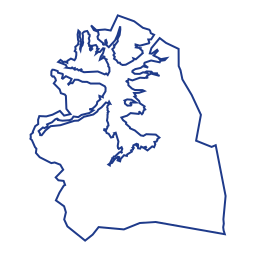 outline of Alta nor, Finnmark, Norway
{"feature_id": "86288312B22085656530390", "entity_name": "Alta nor", "entity_type": "district", "adm_level": 2, "iso_a3": "NOR", "parent_name": "Norway", "parent_adm1": "Finnmark", "projection": "mercator", "projection_center": [23.025, 70.046], "detail": "fine", "context": "isolated", "style": "outline", "palette": "blue", "viewbox_px": 256, "rotation_deg": 0, "n_neighbors": 0, "source": "geoboundaries", "source_scale": "gbopen_adm2", "svg_char_len": 5652}
<svg xmlns="http://www.w3.org/2000/svg" viewBox="0 0 256 256"><path d="M35.2,126.2L32.8,131.7L33.0,132.6L30.6,134.6L30.8,137.5L30.4,138.8L31.9,140.1L35.0,147.1L36.4,148.7L35.9,152.9L39.7,157.2L51.3,163.1L54.7,162.5L60.3,164.7L63.2,169.7L55.7,177.4L58.4,180.3L63.6,180.9L65.1,185.0L63.8,185.6L59.5,192.5L55.9,200.4L64.1,206.3L65.9,212.3L64.2,219.5L67.4,226.4L85.1,240.6L92.7,234.6L98.6,227.1L123.9,229.4L139.8,223.0L155.5,222.0L224.8,234.2L223.6,230.4L223.2,227.2L223.8,223.7L223.4,219.3L225.6,196.0L215.7,145.2L211.6,146.9L196.1,140.7L200.9,114.8L191.7,95.0L182.4,79.4L180.5,70.2L178.7,66.1L178.6,48.9L166.0,42.9L159.7,38.1L151.4,48.1L149.8,53.4L151.8,53.7L157.1,49.8L157.8,50.9L153.6,55.5L159.9,58.6L159.3,59.0L159.6,59.4L166.7,58.1L164.7,60.2L160.5,60.8L159.7,62.3L151.1,60.5L144.9,62.6L144.3,63.3L144.3,64.8L148.1,67.6L143.0,66.2L140.7,67.9L135.3,69.1L132.6,70.7L132.3,71.9L134.7,73.8L139.7,73.9L143.1,72.3L146.8,72.9L145.6,71.9L146.6,71.4L151.4,71.7L151.8,72.1L151.1,72.6L151.7,73.4L157.0,73.3L157.2,73.9L156.9,74.6L159.6,75.9L151.2,73.6L147.2,75.5L147.4,77.6L146.9,77.8L146.5,77.0L144.9,78.0L140.0,77.7L132.4,80.4L128.5,79.1L127.8,81.3L125.8,80.9L128.3,82.8L128.4,85.3L132.0,88.6L134.9,90.0L142.6,90.1L144.4,91.0L139.0,92.8L134.1,93.0L135.9,95.9L134.4,96.6L139.1,101.0L140.0,103.4L144.6,106.4L143.9,107.7L145.2,109.5L143.8,110.2L142.8,113.2L141.9,114.2L139.6,111.9L139.2,112.1L139.6,113.2L138.7,113.9L130.6,113.1L127.1,115.7L121.4,117.5L123.1,120.2L126.2,122.5L126.0,123.9L130.0,127.4L130.0,128.3L134.8,130.4L140.8,135.4L143.4,135.9L146.3,134.2L155.8,134.6L159.4,137.6L157.2,139.3L157.3,140.3L156.5,141.5L154.4,141.9L155.3,144.2L154.1,147.2L152.2,146.4L147.5,150.4L143.6,147.8L146.0,147.2L145.8,146.8L143.1,147.6L141.2,146.6L140.2,148.6L138.1,148.3L137.9,146.8L136.6,145.6L138.1,145.6L138.0,144.4L136.5,143.8L133.4,145.3L133.1,146.5L133.7,147.7L132.7,147.9L133.2,148.5L133.0,149.5L131.1,150.4L131.8,151.6L127.1,154.5L126.9,155.9L124.0,155.2L120.7,158.9L120.1,161.3L117.6,160.4L118.1,159.1L118.4,159.8L119.1,159.0L119.2,157.1L117.9,156.8L115.0,159.0L113.6,158.7L114.4,159.6L112.1,162.9L110.0,163.6L109.8,165.4L108.4,164.5L109.9,163.4L112.3,158.5L113.3,158.5L113.1,157.7L113.8,156.5L114.9,156.5L119.3,152.4L120.7,151.9L122.2,153.1L121.3,151.4L122.3,148.9L121.6,147.2L118.8,148.9L118.1,148.2L117.7,146.0L118.4,141.5L115.7,132.7L114.4,133.1L114.9,133.6L113.8,134.6L113.0,136.2L113.1,137.0L111.0,137.5L108.7,133.8L106.6,133.0L106.0,131.3L104.1,130.1L104.3,129.2L106.4,129.5L107.5,127.3L107.3,126.5L108.5,125.6L108.1,123.1L107.0,120.6L107.5,117.3L107.5,114.5L107.8,114.0L107.6,112.5L108.6,111.7L107.5,110.2L107.7,108.5L107.2,107.4L107.6,105.7L108.9,104.4L108.4,103.3L110.2,103.7L109.1,101.7L108.4,103.2L105.9,102.5L101.6,107.3L98.2,109.7L97.3,111.5L93.3,114.5L83.9,116.8L78.3,120.6L74.4,120.8L60.4,125.2L50.6,126.2L45.5,130.4L41.7,135.2L40.2,135.1L40.0,133.6L38.6,131.1L42.9,127.5L44.5,128.1L47.5,126.4L47.6,125.3L47.1,124.4L52.0,122.3L55.3,119.3L57.1,118.6L58.0,119.2L57.6,119.5L57.8,120.0L62.5,120.7L69.5,120.2L71.8,119.1L73.5,116.5L78.3,117.1L81.5,114.9L89.4,113.0L93.3,110.4L89.3,109.2L92.3,108.8L95.1,106.4L96.8,104.4L97.3,101.8L100.4,99.3L99.5,97.3L99.4,95.9L102.8,97.2L102.7,95.9L105.5,91.3L105.6,87.8L104.8,86.3L99.6,83.5L90.5,83.5L87.1,81.9L82.4,81.8L78.1,79.8L74.7,79.7L72.5,83.2L70.3,83.1L68.6,84.6L68.2,84.0L70.3,81.9L71.6,78.9L65.9,76.2L62.8,78.7L62.0,78.2L62.9,74.9L62.6,73.9L58.0,72.7L57.7,71.1L53.9,69.8L52.4,69.7L51.4,71.3L51.3,75.2L52.5,76.6L53.8,76.4L55.3,78.4L55.9,80.5L53.8,83.4L59.7,89.4L60.9,93.2L64.8,94.5L65.9,95.9L66.4,108.9L70.5,114.1L64.1,115.6L59.9,110.9L52.5,114.7L46.3,116.4L39.3,116.1L38.1,119.8L38.2,124.1L35.2,126.2ZM91.1,25.4L93.9,30.1L98.1,31.7L98.7,34.7L97.5,36.6L98.0,39.0L103.0,43.1L103.0,44.3L103.4,44.7L105.2,44.5L105.3,40.4L106.0,40.0L106.9,42.8L106.3,45.0L108.8,47.2L115.0,40.5L117.4,35.3L120.2,26.3L120.3,29.6L119.6,35.0L117.5,39.1L117.8,41.3L115.0,45.0L114.2,44.8L113.8,45.8L114.4,46.5L114.2,47.5L112.3,49.2L114.7,53.5L113.6,54.6L113.5,55.3L114.8,56.8L114.0,58.7L116.5,60.3L118.1,62.8L119.9,62.7L120.5,64.0L122.6,65.0L125.8,64.7L132.8,60.8L133.6,60.2L133.8,59.4L133.4,58.4L135.8,59.3L142.8,53.1L142.4,52.1L142.5,51.0L140.2,48.9L140.6,48.2L136.0,47.4L137.3,45.7L135.6,45.4L135.6,44.5L139.8,45.7L148.9,43.3L149.3,42.5L148.3,39.5L151.1,39.4L154.1,34.8L150.8,33.2L150.1,30.7L149.2,29.7L142.9,27.8L134.2,21.3L117.8,15.4L110.7,30.5L105.0,29.5L96.4,30.2L91.1,25.4ZM58.2,62.0L65.8,64.9L67.0,67.4L66.4,67.7L71.1,68.3L72.1,67.5L73.2,68.5L74.7,68.1L74.5,69.5L74.8,69.7L77.2,69.1L78.6,70.4L81.3,69.3L81.6,69.6L81.0,70.9L84.0,72.2L97.8,71.5L104.8,74.4L106.1,73.5L107.7,75.0L109.5,71.5L109.3,67.5L108.2,66.3L108.4,64.8L105.9,60.0L106.5,59.4L104.5,58.4L104.4,56.7L103.5,56.4L102.4,58.3L99.9,59.7L100.8,56.6L103.0,53.4L104.4,48.5L103.1,48.2L99.9,52.0L98.3,51.9L96.1,53.6L96.6,52.4L96.1,51.9L98.5,49.0L96.9,48.7L97.4,47.1L95.9,45.0L92.6,45.7L91.9,47.2L91.7,45.9L90.9,45.7L90.7,47.9L92.2,49.0L90.7,50.4L90.0,49.9L89.9,48.6L90.4,47.9L90.4,46.8L89.2,46.1L88.9,44.0L88.4,43.5L89.3,41.8L89.4,40.4L88.8,38.4L89.7,36.1L89.6,34.7L88.4,33.9L88.3,32.7L87.2,31.0L84.3,31.6L82.4,33.3L82.9,35.5L82.8,41.1L83.2,42.2L82.5,45.2L81.0,47.3L80.5,50.2L80.0,49.0L81.2,42.8L80.6,40.8L80.7,39.3L79.8,36.9L79.9,32.1L78.4,30.6L77.6,34.5L78.0,39.8L78.6,41.5L78.1,43.8L78.5,44.1L75.3,46.9L75.6,49.3L74.7,51.1L76.3,52.3L76.3,55.1L75.7,58.3L74.5,60.2L70.9,58.6L67.3,60.9L67.3,62.8L65.0,61.6L63.5,62.1L60.5,59.9L58.2,62.0ZM131.5,99.7L127.2,99.4L124.6,100.5L125.2,101.1L124.8,102.0L125.0,103.6L127.4,105.6L130.9,105.5L131.2,105.1L130.9,105.0L131.0,103.7L130.4,103.3L130.8,102.6L136.1,102.5L131.5,99.7Z" fill="none" stroke="#1e3a8a" stroke-width="2"/></svg>